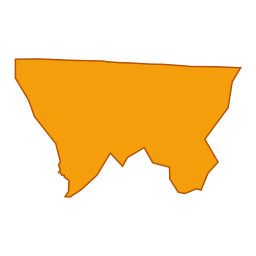 the district of Alleghany, North Carolina, United States of America
{"feature_id": "52423323B93536446386656", "entity_name": "Alleghany", "entity_type": "district", "adm_level": 2, "iso_a3": "USA", "parent_name": "United States of America", "parent_adm1": "North Carolina", "projection": "equal_earth", "projection_center": [-81.137, 36.471], "detail": "fine", "context": "isolated", "style": "filled", "palette": "amber", "viewbox_px": 256, "rotation_deg": 0, "n_neighbors": 0, "source": "geoboundaries", "source_scale": "gbopen_adm2", "svg_char_len": 726}
<svg xmlns="http://www.w3.org/2000/svg" viewBox="0 0 256 256"><path d="M208.0,173.2L218.0,162.0L204.8,139.2L228.1,107.7L232.2,81.9L240.6,67.8L219.4,66.9L218.5,66.8L189.7,66.5L185.9,66.0L162.2,64.3L160.7,64.3L150.1,64.1L129.3,62.9L120.8,62.7L106.2,61.7L103.4,61.1L67.0,60.2L60.7,59.8L38.2,59.0L15.4,59.2L15.4,78.1L28.6,100.2L34.5,116.6L55.8,143.6L60.5,162.2L58.8,163.9L58.5,164.5L59.5,167.8L60.4,169.2L58.8,172.6L60.1,172.1L61.7,175.1L64.3,175.3L64.2,176.9L69.0,180.5L68.5,191.6L65.1,196.6L70.0,197.0L81.7,189.3L97.1,175.0L110.3,153.1L122.6,166.3L127.5,157.4L144.1,147.6L152.8,162.8L169.5,167.2L169.8,179.0L178.3,192.3L184.9,193.5L196.5,188.8L201.0,190.1L208.0,173.2Z" fill="#f59e0b" stroke="#b45309" stroke-width="1.5"/></svg>